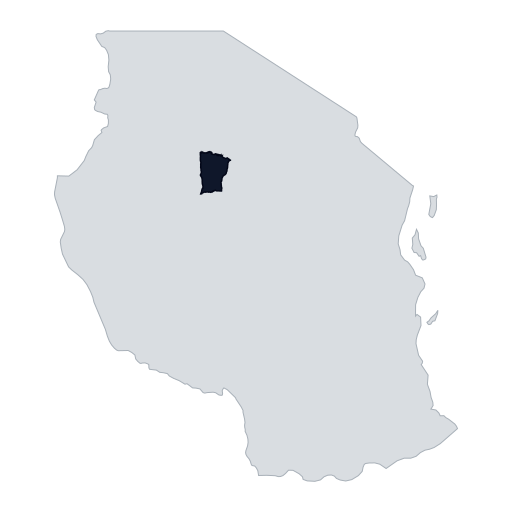 location of Igunga, Tabora, United Republic of Tanzania
{"feature_id": "72390352B54001884070734", "entity_name": "Igunga", "entity_type": "district", "adm_level": 2, "iso_a3": "TZA", "parent_name": "United Republic of Tanzania", "parent_adm1": "Tabora", "projection": "natural_earth1", "projection_center": [33.703, -4.378], "detail": "fine", "context": "in_parent", "style": "filled", "palette": "ink", "viewbox_px": 512, "rotation_deg": 0, "n_neighbors": 0, "source": "geoboundaries", "source_scale": "gbopen_adm2", "svg_char_len": 8153}
<svg xmlns="http://www.w3.org/2000/svg" viewBox="0 0 512 512"><path d="M185.0,384.2L179.1,380.6L173.7,378.4L169.3,376.0L167.4,373.6L163.3,372.7L159.7,372.3L156.4,370.1L149.6,369.3L148.9,367.9L148.8,364.6L147.6,363.8L145.1,362.9L142.5,363.0L140.9,363.4L139.9,363.2L137.7,361.3L135.7,358.9L134.9,355.0L131.8,352.5L128.2,350.5L118.3,350.7L116.7,350.1L114.4,348.2L111.6,344.9L109.4,341.2L107.4,336.2L105.4,329.4L94.0,302.3L92.8,297.2L90.5,291.5L86.9,284.6L83.0,279.4L77.8,274.7L71.8,270.0L68.6,266.9L62.5,254.1L61.2,248.2L60.3,242.0L60.6,239.5L64.5,231.5L64.8,229.3L64.4,226.3L62.5,219.9L60.1,212.2L55.2,198.2L54.5,194.7L54.6,192.0L57.4,177.8L57.4,175.8L68.8,176.1L77.1,169.8L84.3,160.5L85.8,156.6L88.7,150.7L91.6,147.7L92.7,145.6L94.4,139.7L98.2,135.6L101.9,132.5L101.1,130.3L101.7,129.5L103.7,127.9L107.6,126.5L108.4,123.4L108.4,119.8L107.7,117.8L107.9,115.6L107.3,114.3L104.7,114.0L100.9,112.2L97.6,111.5L95.5,110.4L94.7,109.7L94.3,107.5L96.1,102.1L94.3,99.9L98.3,90.8L99.0,89.7L100.5,89.6L102.7,88.6L104.9,88.2L106.6,88.5L107.9,88.2L109.0,87.1L109.9,84.1L110.7,79.0L110.3,74.8L108.6,71.6L108.2,66.7L108.9,60.1L108.4,54.6L106.6,50.2L104.7,47.6L101.8,46.4L97.3,39.7L96.0,36.4L96.2,34.4L97.8,33.6L100.6,33.9L103.3,33.1L105.8,31.2L108.3,30.7L109.6,31.0L223.3,31.0L356.3,116.8L356.9,117.9L357.9,125.3L357.7,127.8L355.6,132.0L355.0,134.3L355.0,135.8L355.5,136.4L357.3,136.6L358.7,137.6L359.3,138.4L360.4,141.6L361.9,143.3L412.3,185.4L413.5,186.0L412.7,189.6L409.9,198.1L409.7,201.7L408.6,205.9L407.5,208.7L404.6,220.7L402.1,225.2L398.8,235.8L398.2,243.9L400.0,249.6L400.7,254.9L404.6,260.1L407.7,261.9L409.8,264.3L413.5,269.7L415.6,275.2L422.3,277.9L425.0,284.0L424.0,288.2L420.8,291.7L417.9,297.3L415.6,304.7L415.5,316.1L417.0,314.4L420.6,317.1L421.0,325.5L417.3,335.2L416.2,339.8L416.0,343.7L418.6,355.3L422.6,361.2L422.3,363.1L421.2,364.6L428.1,375.1L427.4,384.3L430.0,391.4L431.1,397.5L432.8,402.2L433.1,405.5L430.9,409.1L435.9,410.0L438.9,413.0L440.2,415.8L443.9,415.7L445.8,417.6L448.6,419.2L454.8,424.0L456.5,426.3L457.5,428.6L440.3,443.6L434.1,447.5L429.6,449.2L424.9,450.2L420.4,452.6L416.1,456.3L410.7,458.2L404.1,458.2L397.1,460.8L386.1,468.5L379.8,464.2L374.8,462.9L369.0,463.0L365.5,463.5L364.2,464.5L363.1,467.1L362.2,471.4L358.4,475.6L351.8,479.6L345.7,481.0L340.1,480.0L336.4,478.4L334.4,476.1L331.5,475.0L327.7,475.2L324.0,476.8L320.5,479.9L314.9,481.3L307.2,480.9L303.1,479.4L302.5,476.8L299.2,473.8L293.0,470.3L288.5,470.2L285.5,473.5L282.9,475.6L280.5,476.5L278.3,476.6L275.2,475.7L266.7,475.3L258.6,475.5L257.8,470.6L256.2,467.7L254.7,466.0L252.0,465.5L251.2,464.2L250.3,461.2L248.9,458.6L247.1,456.5L246.0,454.5L245.6,452.7L245.9,450.7L247.6,445.8L248.1,442.4L247.9,439.0L247.0,435.4L245.1,431.2L245.3,430.0L244.7,427.1L244.6,425.1L245.0,422.5L244.6,419.2L243.0,412.2L243.0,410.4L241.2,406.9L235.9,398.9L235.6,397.8L227.3,389.7L223.9,387.9L222.7,389.4L222.2,390.8L222.6,393.4L222.4,394.7L222.0,395.3L220.0,395.2L218.8,394.9L215.6,392.7L213.1,392.2L207.0,392.6L204.8,393.1L203.1,392.6L199.9,388.9L196.0,388.1L192.6,387.9L187.0,383.7L185.0,384.2ZM423.3,248.3L426.0,257.2L425.7,258.9L423.7,259.9L422.7,260.0L421.5,258.6L420.6,255.6L419.1,256.3L416.6,252.7L414.1,252.5L411.9,248.2L412.8,244.5L412.3,238.1L415.0,234.8L416.5,229.3L418.3,233.0L418.6,238.9L421.0,245.8L423.3,248.3ZM436.8,195.0L437.0,197.1L436.4,199.1L436.5,205.5L436.3,209.7L434.2,215.5L432.5,217.6L431.0,217.0L429.8,216.0L428.8,214.4L430.8,203.7L429.8,195.9L433.7,196.6L436.8,195.0ZM430.8,324.1L428.8,324.6L428.1,324.1L426.9,322.3L429.0,320.8L431.0,317.9L435.7,313.7L437.9,310.3L437.6,313.6L434.9,320.8L432.6,321.3L430.8,324.1Z" fill="#d9dde1" stroke="#a8b0b8" stroke-width="1"/><path d="M207.1,152.5L206.9,152.6L206.7,152.8L206.6,153.0L206.4,153.0L206.1,152.9L205.8,153.1L205.0,152.8L204.6,152.8L204.4,152.9L204.3,153.0L204.2,153.2L203.9,153.2L203.7,153.1L203.6,152.9L203.4,152.8L203.3,152.7L203.0,152.6L202.9,152.4L202.8,152.2L202.5,152.3L202.4,152.1L202.2,152.2L202.1,152.4L201.9,152.3L201.8,152.5L201.8,152.4L201.7,152.4L201.4,152.4L201.2,152.4L201.2,152.5L201.1,152.4L200.9,152.6L200.7,152.5L200.7,152.4L200.5,152.6L200.3,152.7L200.2,152.9L200.3,153.2L200.4,153.6L200.3,154.3L200.4,154.7L200.3,155.0L200.4,155.3L200.5,155.7L200.5,156.1L200.5,156.3L200.5,156.8L200.4,157.3L200.4,157.7L200.4,158.1L200.4,158.7L200.4,159.1L200.4,159.7L200.4,160.0L200.4,160.3L200.5,161.0L200.7,161.5L200.7,161.8L201.0,162.7L200.8,163.4L200.8,163.6L200.8,163.9L200.7,164.1L200.8,165.7L200.7,166.1L200.8,167.0L200.7,167.3L200.7,167.6L201.1,169.2L201.1,169.3L201.0,169.7L201.0,170.3L201.1,170.6L201.3,171.3L201.4,171.5L201.3,171.8L201.4,172.2L201.2,173.1L200.5,174.9L200.4,175.0L200.6,175.7L200.7,175.8L200.9,175.9L201.0,176.2L201.1,176.5L201.6,177.2L201.9,177.7L201.9,177.9L202.0,178.7L202.3,180.1L202.2,180.5L202.3,180.7L202.2,181.1L202.3,183.6L202.5,184.5L202.7,184.9L202.9,185.9L203.0,186.0L203.0,186.7L202.9,187.2L202.9,188.2L202.8,188.5L202.5,188.7L202.3,188.7L202.1,189.3L201.9,189.8L201.8,190.3L201.7,190.6L201.6,191.4L201.3,192.5L200.9,193.2L200.7,193.9L201.6,193.8L201.6,193.7L201.9,193.3L202.2,193.1L202.8,192.8L203.5,192.5L204.3,192.1L204.5,191.9L204.9,191.8L205.2,191.9L205.3,192.1L205.6,192.1L205.9,192.2L206.4,191.9L206.8,191.9L207.4,191.9L208.0,192.0L208.5,192.1L208.9,192.2L209.6,192.0L210.0,192.0L210.4,192.2L210.5,192.3L210.8,192.3L211.0,192.1L211.6,191.9L211.9,192.1L212.0,192.1L212.1,191.7L212.5,191.5L212.8,191.5L212.9,191.3L213.2,191.2L213.3,191.1L213.2,190.9L213.7,190.6L213.8,190.6L213.9,190.8L214.0,190.7L214.4,190.7L214.7,190.7L214.9,190.4L215.1,190.2L215.5,190.2L215.8,190.4L216.2,190.7L216.5,190.8L217.0,190.9L217.9,190.8L218.6,190.8L218.9,190.9L221.5,191.0L221.6,190.4L221.5,189.7L221.6,189.2L221.7,188.7L221.8,188.3L221.5,187.3L221.6,187.2L221.4,186.9L221.3,185.3L221.2,185.0L221.2,184.4L221.2,183.7L221.0,183.0L221.0,182.5L221.0,182.1L221.1,181.8L221.2,181.7L221.4,181.5L221.5,181.3L221.6,181.1L221.6,180.7L221.8,180.3L221.7,180.0L221.9,179.4L221.9,178.4L222.8,176.5L223.2,175.9L224.0,175.3L224.1,175.1L224.7,174.9L225.0,174.7L225.6,174.1L226.1,173.4L226.3,172.6L226.3,172.4L226.4,172.1L226.6,171.6L226.8,171.3L226.9,171.0L227.0,169.3L227.2,168.8L227.4,168.3L227.6,167.1L227.6,165.9L227.8,164.4L227.8,163.7L227.8,163.4L227.9,163.1L228.4,161.9L229.1,160.9L229.4,160.6L229.9,160.4L230.4,160.3L230.4,160.2L230.1,160.1L229.6,159.6L229.3,159.5L229.0,159.3L228.9,159.1L228.6,159.2L228.2,158.6L227.9,158.4L227.6,158.2L227.4,158.0L227.2,157.9L226.7,158.2L226.4,158.3L226.0,158.5L225.6,158.6L225.3,158.4L225.0,158.3L224.9,158.2L224.7,158.1L224.3,158.0L224.2,157.9L223.6,157.8L222.9,157.2L222.5,156.9L222.3,156.8L222.2,156.6L222.2,156.1L222.1,155.9L222.0,156.0L221.9,155.8L221.7,155.7L221.8,155.6L221.7,155.6L221.8,155.5L221.6,155.5L221.6,155.4L221.4,155.3L221.4,155.2L221.3,155.4L221.2,155.4L221.2,155.2L221.1,155.4L221.0,155.2L220.9,155.3L220.9,155.2L220.8,155.3L220.8,155.2L220.7,155.2L220.7,155.3L220.6,155.1L220.6,155.3L220.4,155.3L220.3,155.2L220.2,155.3L220.3,155.2L220.2,155.1L219.9,155.1L219.9,154.9L219.7,154.9L219.7,155.0L219.4,155.0L219.3,154.9L219.2,155.0L219.2,154.9L218.9,154.9L218.7,154.8L218.6,155.0L218.5,154.9L218.5,155.0L218.4,154.9L218.4,155.0L218.5,155.0L218.4,155.0L218.2,155.2L217.9,155.0L217.9,154.9L217.7,154.9L217.6,155.0L217.6,154.9L217.5,154.7L217.4,154.8L217.2,154.9L216.9,154.7L216.8,155.0L216.7,154.9L216.5,154.6L216.4,154.6L216.2,154.5L216.3,154.4L216.2,154.2L216.0,154.4L215.9,154.3L215.8,154.1L215.7,154.2L215.4,154.0L215.3,153.9L215.2,153.9L215.1,154.0L214.7,154.2L214.5,154.4L214.1,154.6L213.8,154.4L212.5,154.3L212.4,154.3L212.3,154.1L212.1,154.2L211.8,154.0L211.8,153.9L211.6,153.9L211.5,153.7L211.3,153.6L211.4,153.4L211.5,153.3L211.6,153.1L211.7,152.9L211.8,152.9L211.8,152.7L211.6,152.6L211.5,152.4L211.4,152.4L211.3,152.2L211.0,152.2L210.9,152.1L210.4,151.9L210.2,151.9L210.3,152.0L210.2,152.1L210.0,151.9L209.9,152.0L209.8,151.8L209.7,151.9L209.4,151.9L209.1,151.8L208.9,151.9L208.9,152.0L208.6,152.1L208.4,152.1L208.2,152.0L208.0,152.3L207.7,152.4L207.8,152.6L207.5,152.6L207.4,152.4L207.4,152.5L207.4,152.4L207.3,152.6L207.2,152.5L207.2,152.4L207.2,152.5L207.1,152.5Z" fill="#0f172a" stroke="#020617" stroke-width="1.5"/></svg>